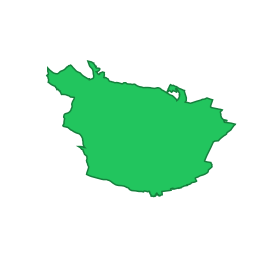 Oniceni, Neamt, Romania, rotated 113°
{"feature_id": "2599482B19733002831114", "entity_name": "Oniceni", "entity_type": "district", "adm_level": 2, "iso_a3": "ROU", "parent_name": "Romania", "parent_adm1": "Neamt", "projection": "albers", "projection_center": [27.161, 46.781], "detail": "fine", "context": "isolated", "style": "filled", "palette": "green", "viewbox_px": 256, "rotation_deg": 113, "n_neighbors": 0, "source": "geoboundaries", "source_scale": "gbopen_adm2", "svg_char_len": 5698}
<svg xmlns="http://www.w3.org/2000/svg" viewBox="0 0 256 256"><g transform="rotate(113 128 128)"><path d="M179.1,149.0L180.3,148.7L185.5,148.3L186.9,148.0L187.0,144.9L186.9,142.7L185.5,132.6L185.1,130.6L183.8,127.4L183.8,126.0L183.6,124.8L183.8,123.1L184.6,120.2L185.0,117.5L185.0,116.6L184.6,114.3L183.6,111.5L183.0,109.0L183.0,107.2L183.2,106.1L183.1,105.7L183.0,104.7L183.3,103.3L183.8,103.0L183.9,102.2L184.1,101.9L184.1,100.1L182.9,96.5L182.1,93.0L181.1,90.8L180.8,89.0L180.7,88.7L179.8,88.6L179.5,88.2L179.2,86.8L179.0,85.0L178.2,84.2L178.0,83.7L178.0,83.4L178.8,83.1L179.0,82.6L179.4,82.4L180.0,81.8L180.4,80.9L181.1,80.4L181.5,80.4L181.7,79.9L181.3,79.6L181.2,79.1L181.2,78.4L181.0,78.1L181.0,77.5L180.6,77.4L180.5,77.0L180.4,76.6L180.3,76.4L179.7,76.1L179.3,76.6L178.7,75.9L178.4,75.9L178.2,75.9L177.8,76.4L176.8,76.2L176.7,75.8L176.9,75.6L177.1,75.8L177.8,75.1L177.4,75.0L177.9,74.2L177.7,73.9L177.9,73.8L178.0,73.4L178.4,72.9L177.9,72.0L177.7,71.9L177.3,72.0L176.1,70.4L173.2,72.0L169.1,65.0L168.4,64.0L167.3,64.9L166.6,63.8L166.4,63.9L166.0,63.3L166.7,63.0L166.0,62.1L166.3,61.8L163.3,57.9L163.6,57.7L162.3,55.9L162.1,56.1L159.7,53.8L159.4,53.7L157.7,51.0L157.2,51.5L156.4,50.2L155.6,49.2L154.7,48.5L153.4,48.0L151.6,45.4L150.2,44.1L149.9,44.2L148.9,45.7L148.6,46.0L148.0,46.4L147.5,46.4L145.7,44.4L144.0,43.2L141.6,40.3L140.1,38.9L137.8,37.3L136.0,37.3L135.0,37.6L134.1,37.0L131.2,35.6L130.4,35.7L129.7,36.3L128.8,36.5L128.2,37.6L127.4,38.2L128.4,42.2L128.7,45.1L128.5,44.8L128.1,44.7L122.5,44.7L113.9,44.2L107.3,44.0L106.9,43.5L106.2,43.1L105.9,42.5L104.4,39.8L102.6,39.2L100.6,38.3L97.5,36.6L96.5,35.8L95.1,35.0L94.6,35.0L93.8,35.1L93.5,35.0L89.6,32.6L87.9,32.3L84.1,31.4L82.9,30.7L82.6,30.7L83.3,35.1L84.0,37.7L84.2,38.1L84.2,38.4L85.1,41.5L84.0,42.5L83.2,41.4L83.1,40.6L82.9,39.9L82.6,39.8L82.4,40.0L82.7,42.0L83.1,43.3L82.2,45.5L81.7,46.2L80.3,47.4L79.7,47.8L79.2,47.8L77.4,49.2L77.0,49.3L76.3,49.1L75.3,48.4L74.5,48.3L74.7,50.0L75.3,52.1L75.3,52.6L76.6,59.0L76.6,59.5L76.5,60.1L75.9,60.2L75.6,60.6L69.0,61.1L69.3,63.2L69.5,67.0L69.9,67.5L71.0,68.3L71.9,69.5L72.6,70.8L74.0,72.0L76.7,75.4L79.1,78.1L80.9,80.2L81.3,83.3L81.8,85.1L81.8,85.5L80.0,85.1L77.4,86.1L72.4,90.4L71.4,90.6L71.6,91.7L71.5,94.1L71.6,96.6L71.4,97.9L71.2,98.2L71.1,99.0L71.0,100.2L71.3,100.8L71.0,102.9L71.8,104.1L71.6,104.5L71.6,105.3L71.5,105.8L72.6,106.1L75.8,106.1L76.3,106.3L76.6,106.1L79.8,106.2L79.9,105.5L78.9,105.4L78.5,105.1L77.3,104.9L77.3,104.5L77.5,104.1L77.4,103.8L78.0,102.3L78.0,101.8L77.5,101.6L75.9,101.3L76.0,100.5L75.8,99.0L76.0,97.9L76.0,97.2L75.7,97.1L74.5,97.5L74.2,98.4L73.4,99.4L72.8,99.4L72.7,99.3L72.7,98.9L73.6,97.3L73.9,97.1L74.4,96.0L75.3,95.1L75.6,94.3L76.4,94.0L77.3,93.8L77.3,93.4L78.2,93.3L79.0,92.9L81.4,92.9L81.6,93.2L82.9,93.2L83.8,93.8L83.2,94.2L82.7,94.9L81.5,97.9L80.9,99.8L81.1,102.2L79.8,110.2L79.8,111.4L79.5,112.5L79.3,112.9L79.2,113.6L79.0,114.1L79.1,115.7L79.5,116.7L81.1,118.8L81.7,120.7L82.1,122.3L82.2,123.2L83.1,125.8L84.9,129.8L85.0,131.4L85.6,133.8L85.5,134.4L85.7,135.6L85.4,136.9L85.4,137.5L85.1,138.3L85.1,139.0L85.4,139.7L86.4,141.3L86.5,142.6L87.1,144.0L87.7,146.0L87.6,146.7L87.3,147.3L87.3,147.9L87.5,148.5L88.2,149.7L89.2,150.1L89.7,150.9L90.2,154.8L90.4,155.2L90.4,155.7L90.8,156.6L91.5,157.7L91.5,159.0L91.6,160.0L91.8,160.5L91.8,161.5L92.2,163.2L91.6,164.5L90.9,165.1L90.6,165.6L90.6,166.8L90.4,167.3L90.3,168.0L90.4,168.6L90.6,168.7L91.0,169.5L91.0,169.9L90.6,169.8L89.5,170.3L88.3,170.5L87.6,170.9L86.9,171.4L86.2,171.5L86.4,173.4L86.7,173.6L87.7,174.5L87.9,174.9L88.7,175.5L89.1,175.6L89.8,175.2L90.2,175.7L90.0,176.8L89.4,177.7L89.0,178.1L88.7,179.1L87.7,177.8L87.1,177.7L86.8,177.4L86.4,177.1L85.1,176.9L84.4,177.2L84.3,177.4L84.4,178.0L85.0,180.1L85.1,180.7L84.9,180.9L84.8,181.3L83.7,181.4L84.0,182.2L83.3,182.7L83.1,183.3L82.7,183.6L82.5,184.3L81.8,184.9L82.3,185.8L81.7,185.4L81.7,186.4L81.5,187.0L81.5,187.7L82.1,191.1L85.8,187.7L86.5,186.6L87.4,184.4L88.0,183.5L89.1,182.5L90.3,181.8L91.9,181.0L92.9,180.2L94.0,179.7L94.9,179.4L96.2,179.7L98.4,182.0L98.7,182.4L97.8,182.8L98.3,183.7L98.3,184.7L97.6,189.4L97.0,191.4L96.0,193.5L96.0,196.8L95.7,198.1L95.0,199.7L94.3,201.2L94.0,202.1L93.2,203.5L92.8,204.5L92.6,204.9L92.6,205.6L93.4,206.0L93.8,206.9L95.3,207.5L95.6,208.0L98.6,209.1L100.0,210.0L102.4,212.4L104.8,213.4L105.7,214.2L106.2,215.7L106.5,218.0L106.2,219.3L105.3,222.6L104.1,225.3L107.3,223.9L108.4,222.9L110.0,222.2L110.1,222.6L111.4,223.3L111.9,222.6L112.1,221.9L112.8,221.3L113.5,220.9L114.4,220.0L115.3,219.7L117.2,219.2L117.1,218.1L117.6,217.1L118.0,215.0L118.1,212.9L118.1,211.3L118.3,210.9L118.9,210.5L119.1,210.0L119.3,209.3L120.5,208.5L120.5,208.2L119.7,207.7L119.8,207.1L120.7,205.8L120.6,204.8L121.0,204.8L121.6,204.0L123.1,202.3L122.6,201.3L121.8,199.1L121.6,198.2L121.6,196.4L121.4,194.6L121.9,193.2L121.9,192.9L120.8,189.5L120.9,189.3L122.4,189.0L125.3,189.3L128.0,189.1L129.8,187.9L131.2,187.6L132.9,187.7L133.9,187.5L135.9,188.0L136.6,188.4L137.9,189.4L139.2,191.1L140.0,191.7L140.6,191.9L142.7,191.6L143.3,191.3L144.0,190.1L144.3,189.9L145.0,189.9L147.7,189.2L148.9,188.6L149.8,188.8L150.3,188.6L150.9,188.9L151.4,188.8L151.7,188.0L151.7,187.7L151.5,186.8L151.0,183.8L151.1,183.1L152.0,180.3L152.1,179.8L152.1,178.5L152.5,176.7L152.7,173.8L152.4,170.6L152.7,169.5L153.8,167.6L155.4,165.7L156.9,165.0L158.1,164.0L159.8,163.3L160.9,162.6L162.6,160.9L162.9,160.1L163.1,160.7L163.2,161.6L163.1,162.5L163.3,163.5L163.6,164.4L164.4,166.3L164.7,164.2L165.7,162.4L165.6,161.1L165.8,160.8L166.8,160.2L167.3,159.5L169.3,157.6L169.5,156.3L169.8,155.9L169.8,155.5L170.0,154.9L172.3,153.7L174.2,153.5L175.8,152.3L176.5,151.3L177.2,151.0L177.8,150.5L179.1,149.0Z" fill="#22c55e" stroke="#15803d" stroke-width="1.5"/></g></svg>